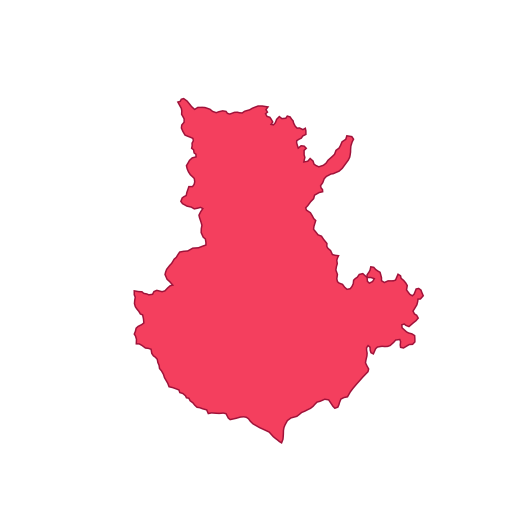 outline of Angatuba, São Paulo, Brazil, rotated 232°
{"feature_id": "56859067B11157452841276", "entity_name": "Angatuba", "entity_type": "district", "adm_level": 2, "iso_a3": "BRA", "parent_name": "Brazil", "parent_adm1": "São Paulo", "projection": "albers", "projection_center": [-48.445, -23.449], "detail": "fine", "context": "isolated", "style": "filled", "palette": "rose", "viewbox_px": 512, "rotation_deg": 232, "n_neighbors": 0, "source": "geoboundaries", "source_scale": "gbopen_adm2", "svg_char_len": 5576}
<svg xmlns="http://www.w3.org/2000/svg" viewBox="0 0 512 512"><g transform="rotate(232 256 256)"><path d="M303.5,138.6L300.4,136.2L297.9,135.5L295.7,133.1L293.3,130.9L290.3,129.7L287.6,129.5L284.5,129.6L281.5,129.2L279.4,130.4L275.7,128.6L272.3,126.4L272.3,123.8L273.1,119.8L272.9,117.1L270.9,114.6L269.4,112.0L267.2,111.8L263.9,110.5L260.5,107.6L258.6,109.9L255.7,111.1L251.6,112.2L249.4,114.4L247.1,115.9L243.4,113.9L240.5,113.7L238.2,114.4L235.4,114.6L232.5,113.1L229.5,112.3L226.7,110.7L223.6,110.8L219.7,110.2L216.5,109.0L210.0,108.1L206.5,107.0L203.5,109.4L200.3,111.4L197.9,112.8L195.3,111.9L192.7,113.7L189.3,114.4L187.1,113.9L185.3,115.5L182.4,115.0L179.0,115.9L176.3,115.9L173.1,116.4L171.1,118.3L168.6,119.8L165.1,122.4L161.2,121.4L159.8,124.3L155.8,128.7L154.4,130.4L152.4,133.5L150.2,135.3L145.3,134.4L143.0,134.9L140.4,140.3L138.7,144.5L136.9,147.3L134.9,149.1L132.4,149.9L129.1,149.8L125.6,150.3L118.5,153.2L113.5,155.8L109.1,158.0L103.0,158.4L100.3,159.0L97.8,159.7L95.3,160.2L93.0,161.1L95.0,164.4L97.0,166.3L98.8,167.9L101.6,170.2L103.6,172.4L105.0,174.8L107.0,179.4L106.9,183.8L104.5,189.5L104.5,192.4L104.6,195.7L103.7,198.8L103.1,202.0L102.4,205.2L102.4,208.4L102.9,211.0L103.3,214.2L102.1,216.9L100.8,222.0L97.9,224.7L92.5,224.3L90.1,224.1L87.5,224.4L86.5,227.4L87.8,229.8L89.2,231.7L91.0,234.8L90.3,238.2L88.7,241.4L90.8,246.5L92.0,250.9L93.1,256.1L94.9,265.9L95.9,273.0L97.6,275.2L101.3,275.8L104.4,276.5L106.1,278.3L109.0,281.9L111.0,283.7L113.8,285.2L115.6,286.6L116.4,289.2L113.9,289.7L111.3,287.9L109.0,287.1L106.6,288.2L109.3,293.2L109.5,295.6L108.4,297.7L107.2,299.8L105.3,301.8L103.7,304.1L102.9,306.6L103.2,311.3L103.8,314.3L101.7,317.9L99.5,317.2L97.1,314.9L95.0,313.7L92.7,315.6L91.9,322.2L90.0,325.0L90.5,328.3L92.8,330.1L95.6,332.0L98.7,330.9L101.3,328.9L103.5,327.9L106.4,327.4L109.5,326.9L112.0,328.5L111.2,330.9L109.1,331.4L106.2,333.1L106.5,339.1L106.5,342.2L107.2,345.6L110.4,346.1L112.8,345.2L115.9,345.8L117.2,349.3L118.5,352.7L120.5,355.3L122.3,357.1L120.9,359.1L121.7,363.3L125.4,364.3L127.6,365.0L130.3,364.2L131.4,361.9L128.6,357.1L128.4,354.7L131.1,353.6L136.6,353.7L139.6,357.0L142.7,357.4L145.9,357.3L149.1,356.6L151.4,357.7L154.2,356.7L152.4,353.4L151.1,351.1L151.9,348.9L155.1,344.7L156.1,340.8L159.3,339.7L161.6,341.5L164.8,342.9L166.8,343.7L169.3,342.7L171.7,342.0L174.6,341.8L176.8,339.8L174.6,337.1L173.7,335.0L172.8,332.0L170.7,330.3L174.0,329.7L176.4,329.3L177.9,326.0L176.9,322.8L177.1,320.3L176.8,318.0L174.3,315.6L172.9,312.9L172.2,310.1L173.7,307.2L176.9,306.6L180.4,306.7L183.5,304.8L185.6,304.4L188.3,305.6L191.3,308.8L195.8,310.3L198.1,312.8L199.9,315.3L202.9,317.0L204.3,319.0L205.4,321.2L207.8,318.8L210.1,317.1L214.4,318.1L217.8,317.4L220.0,317.7L222.2,319.6L227.6,319.5L231.3,319.8L234.5,317.9L238.7,317.9L241.6,317.8L243.6,319.8L247.2,324.9L249.9,324.5L253.2,325.1L256.6,325.5L261.1,324.0L263.4,324.8L263.8,327.7L265.1,332.3L265.7,336.7L267.9,339.6L267.5,342.3L267.1,344.9L265.6,348.1L267.4,349.3L269.6,349.2L271.6,350.1L272.7,353.7L274.9,357.3L275.4,360.5L274.9,363.0L274.5,365.5L273.3,367.6L272.7,370.0L271.7,373.7L272.0,378.0L273.0,381.5L274.8,387.9L276.2,390.7L277.7,392.4L279.7,394.5L281.8,396.2L284.3,398.5L286.7,402.0L288.0,404.8L291.1,405.0L294.8,401.6L292.7,398.6L293.0,394.1L290.9,390.3L289.9,387.9L290.0,384.1L287.8,380.5L287.5,377.8L287.3,375.1L287.1,371.7L286.0,368.3L286.0,364.9L287.6,360.4L290.7,358.8L292.8,358.3L295.7,359.4L299.5,358.7L298.8,355.1L300.7,351.6L303.6,355.2L306.1,356.2L309.6,358.9L309.9,361.9L312.9,361.6L315.1,359.4L315.0,355.7L317.7,356.7L320.2,357.7L321.8,359.1L321.5,362.0L321.0,364.3L321.8,366.8L321.1,370.2L324.0,372.4L326.3,373.5L326.7,370.8L330.1,369.1L331.4,367.1L334.2,366.8L337.7,367.5L339.6,368.4L342.1,368.3L344.6,368.5L347.0,366.8L346.2,364.3L348.3,361.0L351.5,360.2L351.0,356.4L349.1,353.3L348.6,350.5L350.4,348.9L351.3,351.7L354.6,352.2L356.8,352.3L359.2,350.6L362.2,351.1L362.3,353.6L365.2,353.9L366.1,357.2L370.4,353.2L372.9,350.0L374.0,346.5L374.7,344.1L375.1,341.0L376.3,338.1L377.1,336.0L377.2,333.2L378.9,331.3L380.8,329.8L382.5,327.4L383.2,325.1L384.0,322.7L386.0,321.3L388.4,321.4L390.9,319.1L392.5,315.7L393.4,312.9L396.7,310.8L399.9,310.1L402.3,308.6L404.4,307.2L406.1,305.3L408.9,301.6L409.3,297.9L413.4,297.2L420.5,297.1L424.6,295.9L425.5,293.6L424.5,291.5L425.4,289.2L418.2,288.0L416.0,286.8L413.4,284.6L411.2,284.3L408.3,283.8L405.7,281.7L404.9,278.1L402.8,276.0L399.3,275.1L395.0,274.5L392.3,276.0L389.8,277.5L387.5,278.7L385.3,277.5L384.3,275.1L382.1,273.5L380.5,271.6L378.2,272.2L375.3,270.7L373.2,271.3L371.0,269.8L372.6,266.2L372.3,262.5L371.0,259.4L370.0,256.8L367.2,255.5L363.9,254.6L360.5,254.3L357.5,254.8L355.1,255.1L352.2,253.4L350.5,251.3L349.8,248.7L352.0,245.8L350.4,243.4L348.7,240.7L346.6,238.2L347.1,235.9L347.2,233.6L345.3,230.4L342.5,230.3L340.4,231.2L337.8,232.3L334.4,235.1L331.1,236.4L329.5,239.7L328.5,242.2L326.1,243.3L324.9,239.6L323.3,236.2L321.0,235.1L318.7,234.3L316.2,233.4L313.5,232.3L311.1,229.6L308.2,227.2L305.8,226.6L303.3,226.0L300.6,226.6L297.4,224.8L295.5,223.3L296.7,219.7L297.9,215.7L301.1,211.0L301.6,207.8L302.0,205.3L304.3,201.8L306.1,198.3L305.1,195.2L304.0,192.3L303.9,189.6L302.9,187.1L302.1,184.9L301.7,182.2L300.5,177.4L299.0,174.9L297.4,172.9L295.0,172.3L292.4,171.6L288.9,172.2L284.3,172.5L285.4,170.0L285.2,166.7L284.6,162.7L285.7,160.0L290.0,156.7L290.8,153.7L289.5,150.9L291.4,147.6L293.3,146.6L295.7,144.5L298.0,144.1L300.4,141.4L303.5,138.6ZM170.7,330.3L168.3,333.3L165.3,335.3L164.1,332.2L164.8,328.6L167.5,328.2L170.7,330.3Z" fill="#f43f5e" stroke="#9f1239" stroke-width="1.5"/></g></svg>